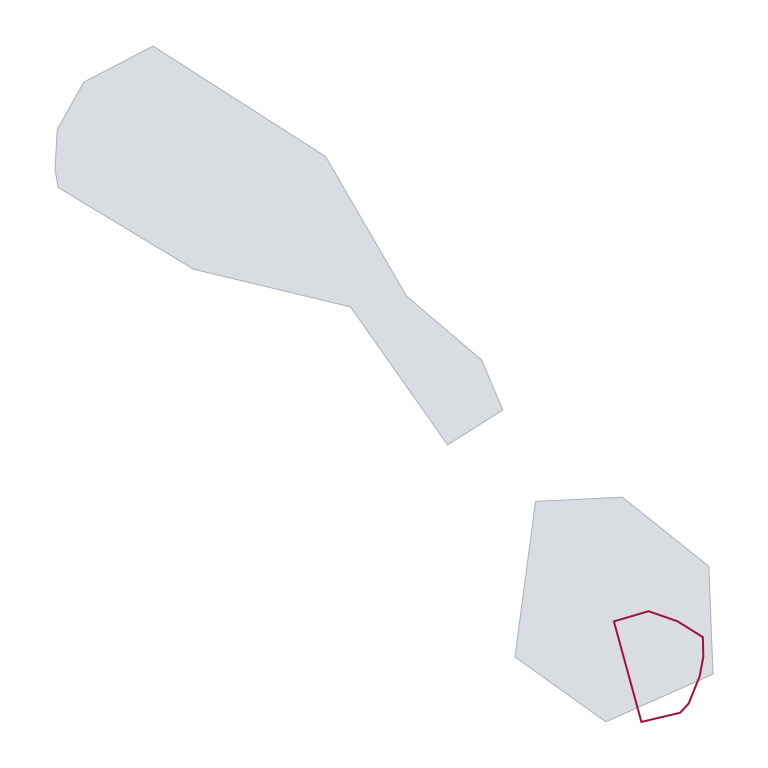 location of Saint George Gingerland within Saint Kitts and Nevis
{"feature_id": "KNA-5102", "entity_name": "Saint George Gingerland", "entity_type": "Parish", "adm_level": 1, "iso_a3": "KNA", "parent_name": "Saint Kitts and Nevis", "parent_adm1": "", "projection": "orthographic", "projection_center": [-62.55, 17.125], "detail": "fine", "context": "in_parent", "style": "outline", "palette": "rose", "viewbox_px": 768, "rotation_deg": 0, "n_neighbors": 0, "source": "natural_earth", "source_scale": "10m", "svg_char_len": 544}
<svg xmlns="http://www.w3.org/2000/svg" viewBox="0 0 768 768"><path d="M502.8,410.0L447.6,444.8L350.5,306.9L193.5,269.2L58.3,187.6L55.0,170.1L57.3,129.3L83.8,82.1L153.0,46.1L325.6,156.6L406.5,296.1L481.7,360.1L502.8,410.0ZM713.0,674.2L605.7,721.8L515.0,656.9L535.6,501.4L622.3,497.2L708.8,566.3L713.0,674.2Z" fill="#d9dde1" stroke="#a8b0b8" stroke-width="1"/><path d="M702.9,637.2L703.3,656.7L699.7,676.1L688.8,703.3L680.2,712.7L641.4,721.9L613.9,621.4L648.5,611.2L677.7,621.4L702.9,637.2Z" fill="none" stroke="#9f1239" stroke-width="2"/></svg>